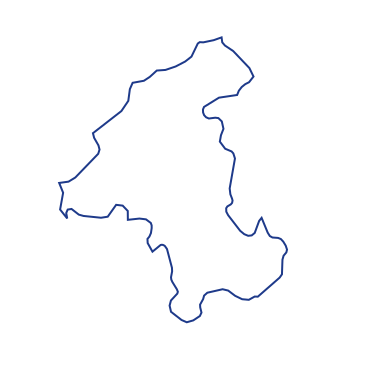 SVG path tracing the border of Padova, rotated 145°
{"feature_id": "ITA-5463", "entity_name": "Padova", "entity_type": "Province", "adm_level": 1, "iso_a3": "ITA", "parent_name": "Italy", "parent_adm1": "", "projection": "mercator", "projection_center": [11.814, 45.393], "detail": "fine", "context": "isolated", "style": "outline", "palette": "blue", "viewbox_px": 384, "rotation_deg": 145, "n_neighbors": 0, "source": "natural_earth", "source_scale": "10m", "svg_char_len": 1809}
<svg xmlns="http://www.w3.org/2000/svg" viewBox="0 0 384 384"><g transform="rotate(145 192 192)"><path d="M294.6,234.6L297.7,238.4L300.4,247.2L303.9,248.9L307.1,246.9L309.4,241.9L310.1,253.3L298.0,265.3L295.6,275.6L287.2,271.3L279.3,270.8L246.9,277.1L243.4,279.8L241.9,283.8L241.1,292.5L239.4,297.0L203.4,298.8L191.9,303.2L183.9,311.9L178.0,315.5L167.6,310.7L160.5,310.5L151.2,311.7L143.7,307.2L133.4,304.2L122.8,302.8L114.8,303.2L102.1,310.3L99.7,310.3L96.9,308.1L87.1,303.9L79.1,301.7L81.4,297.2L81.0,293.1L77.4,283.8L73.9,260.6L75.4,251.3L82.3,249.2L86.5,249.8L91.0,249.5L95.5,248.1L99.4,245.6L115.8,253.8L133.3,254.8L135.7,253.3L137.3,250.8L138.0,248.0L137.6,245.1L136.0,242.5L130.3,239.5L128.0,237.4L127.1,232.7L130.0,225.7L135.7,221.9L140.3,217.3L140.0,208.4L136.3,202.5L136.0,199.9L137.6,194.8L159.1,173.3L161.9,168.1L163.0,163.6L163.7,161.7L165.4,160.1L167.3,159.6L171.3,159.9L173.3,159.1L175.2,156.2L175.7,152.3L174.8,132.6L173.4,127.5L171.1,123.9L168.0,122.2L164.1,122.5L153.6,129.8L149.8,130.9L153.3,115.3L153.5,111.3L152.2,108.6L147.8,105.0L146.2,102.5L145.7,99.0L146.0,94.3L147.2,90.3L149.4,88.4L153.5,87.3L156.7,84.7L165.5,73.0L169.3,71.6L198.1,68.5L200.6,70.4L207.3,71.1L212.4,75.4L216.2,82.2L218.9,90.5L222.7,94.8L237.2,100.7L241.5,100.2L244.3,97.9L250.0,95.1L251.5,92.7L253.4,87.8L256.7,85.9L264.6,86.1L271.0,88.3L274.0,93.2L277.9,105.9L275.5,111.8L271.5,115.2L262.3,117.2L260.8,118.4L260.2,121.0L259.7,129.5L259.2,132.1L258.1,134.2L253.8,138.4L251.9,141.4L245.2,159.6L245.2,163.3L245.7,164.6L246.3,165.5L247.2,166.2L248.1,166.6L258.6,165.8L257.6,175.6L255.4,179.1L252.5,179.9L249.2,181.9L245.7,185.6L244.2,187.8L243.5,190.3L245.4,196.0L250.3,200.4L260.5,206.0L255.5,213.3L256.6,220.6L261.5,225.0L275.2,220.1L281.3,223.1L294.6,234.6Z" fill="none" stroke="#1e3a8a" stroke-width="2"/></g></svg>